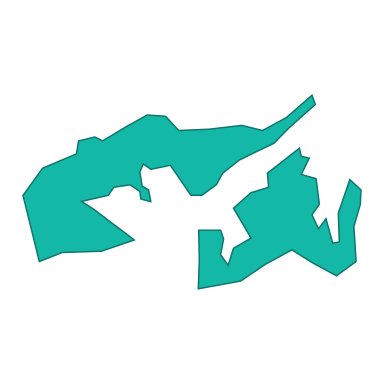 SVG path tracing the border of Tai Po
{"feature_id": "HKG-5169", "entity_name": "Tai Po", "entity_type": "state/province", "adm_level": 1, "iso_a3": "HKG", "parent_name": "Hong Kong S.A.R.", "parent_adm1": "", "projection": "natural_earth1", "projection_center": [114.263, 22.454], "detail": "fine", "context": "isolated", "style": "filled", "palette": "teal", "viewbox_px": 384, "rotation_deg": 0, "n_neighbors": 0, "source": "natural_earth", "source_scale": "10m", "svg_char_len": 1105}
<svg xmlns="http://www.w3.org/2000/svg" viewBox="0 0 384 384"><path d="M312.0,95.2L315.3,104.4L289.1,127.8L273.9,143.3L257.4,151.2L239.1,160.2L222.7,173.2L216.3,184.8L201.8,195.3L190.9,195.3L170.4,165.3L150.8,169.3L143.3,164.0L139.9,171.9L142.1,186.1L148.6,189.9L150.8,201.6L140.8,199.0L139.9,191.4L130.0,184.8L113.8,187.3L108.3,195.3L81.5,201.4L94.1,209.5L109.4,221.2L127.2,234.5L134.2,240.0L101.4,251.2L86.1,251.7L62.2,252.5L39.3,261.5L23.0,195.4L42.6,168.2L76.4,153.9L78.6,140.9L94.9,137.0L102.5,140.9L126.4,126.6L147.1,115.0L165.6,116.3L178.7,130.5L209.1,129.2L241.8,125.4L262.5,130.5L286.4,117.6L312.0,95.2ZM198.7,230.2L220.6,230.2L223.6,238.9L220.6,254.8L228.1,265.3L233.5,248.3L251.0,238.1L233.5,208.2L251.0,192.7L268.6,187.3L267.4,173.2L299.4,148.2L301.3,156.3L309.2,158.1L301.3,174.5L316.1,178.7L319.4,204.2L312.0,214.8L318.5,228.8L326.0,218.7L332.7,243.2L339.3,241.9L338.3,213.2L349.8,179.6L361.0,189.9L360.3,204.4L353.9,226.5L356.1,261.5L336.5,275.8L312.5,262.8L291.9,249.9L265.7,264.1L240.7,281.0L198.3,288.8L199.3,260.2L198.7,230.2Z" fill="#14b8a6" stroke="#0f766e" stroke-width="1.5"/></svg>